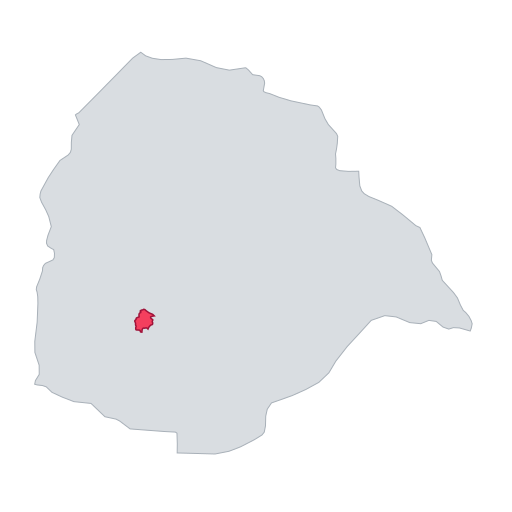 Zimbabwe, with Harare highlighted, rotated 182°
{"feature_id": "ZWE-525", "entity_name": "Harare", "entity_type": "City", "adm_level": 1, "iso_a3": "ZWE", "parent_name": "Zimbabwe", "parent_adm1": "", "projection": "albers", "projection_center": [31.074, -17.86], "detail": "fine", "context": "in_parent", "style": "filled", "palette": "rose", "viewbox_px": 512, "rotation_deg": 182, "n_neighbors": 0, "source": "natural_earth", "source_scale": "10m", "svg_char_len": 3462}
<svg xmlns="http://www.w3.org/2000/svg" viewBox="0 0 512 512"><g transform="rotate(182 256 256)"><path d="M378.3,455.6L373.3,452.2L366.5,450.0L357.9,449.0L346.7,449.5L332.9,451.3L318.1,449.2L302.2,442.9L289.1,440.8L273.4,443.7L272.7,443.7L270.0,441.6L265.7,437.1L258.5,436.3L256.5,435.3L254.9,433.6L253.8,431.4L253.4,429.0L254.5,421.4L253.9,420.5L251.9,419.6L248.0,418.8L238.5,415.4L226.6,412.3L207.2,408.9L199.7,408.1L198.0,407.0L195.7,404.2L191.9,395.6L188.3,389.9L179.8,381.1L178.5,378.4L178.7,371.3L179.3,365.6L180.1,360.8L179.6,356.3L179.4,350.6L179.6,346.9L178.4,345.3L175.3,344.2L166.7,343.8L156.3,344.3L155.8,338.5L154.7,329.7L152.6,324.7L150.1,322.1L145.3,319.4L135.5,315.8L122.1,310.4L110.5,302.1L97.3,291.9L93.2,290.2L88.1,280.3L80.3,263.5L80.6,257.8L79.4,255.1L72.1,246.9L70.4,242.6L69.0,238.2L57.3,226.3L53.2,221.1L50.1,214.3L47.0,208.9L44.4,206.8L41.1,203.1L38.7,198.9L37.6,195.8L38.3,191.5L39.3,188.5L50.2,191.2L56.2,191.3L60.8,189.7L66.6,191.5L73.6,196.9L81.0,197.7L89.0,194.1L100.0,194.8L113.8,200.0L125.2,200.9L138.6,195.7L150.4,181.8L161.6,168.8L172.5,153.8L179.1,141.8L188.8,131.9L201.8,124.2L215.1,117.7L235.4,109.7L239.4,103.3L240.7,96.3L240.6,86.6L241.6,80.3L243.7,77.4L247.1,75.1L251.5,72.2L264.9,64.7L276.2,59.9L290.0,56.7L305.1,56.6L319.7,56.5L327.9,56.4L328.1,65.7L328.8,76.2L330.4,77.2L341.3,77.4L358.9,78.1L375.8,78.8L386.6,86.4L390.2,88.1L401.4,90.1L415.7,102.9L432.9,104.1L444.7,108.2L455.1,112.6L461.0,117.9L464.9,119.1L470.1,119.5L472.7,120.1L472.1,123.8L468.5,130.1L468.9,139.3L473.6,151.9L474.1,162.9L472.4,182.3L472.3,201.1L472.7,207.8L473.5,212.2L474.4,214.7L474.2,217.4L471.3,225.3L468.9,233.6L468.8,236.9L467.9,239.2L466.2,241.3L458.8,245.0L457.5,247.4L457.5,251.7L458.4,255.3L461.1,256.6L464.5,258.7L465.8,261.4L465.8,264.2L464.6,269.5L461.6,278.2L464.5,288.2L467.7,294.7L472.2,302.3L474.1,306.9L473.9,310.3L473.2,313.5L466.3,327.2L461.2,335.6L455.2,344.7L447.2,350.4L445.1,353.1L444.3,356.2L444.5,363.1L444.1,370.2L437.2,381.2L441.4,390.7L440.4,391.6L438.1,392.9L428.3,403.5L418.4,414.2L411.2,422.1L403.0,431.0L393.9,441.0L386.1,449.5L378.3,455.6Z" fill="#d9dde1" stroke="#a8b0b8" stroke-width="1"/><path d="M365.7,180.0L366.0,180.0L366.4,179.8L366.8,179.4L367.2,178.5L367.4,175.9L368.4,176.0L368.7,176.1L368.9,176.3L369.0,176.8L369.1,177.2L369.4,177.6L369.8,177.8L370.8,177.9L372.7,177.9L373.2,178.0L373.5,178.3L373.6,178.9L373.7,179.6L373.7,180.2L373.4,181.2L373.4,181.6L373.5,182.0L373.8,182.4L373.9,182.8L374.0,183.1L374.0,183.8L374.0,184.2L374.1,184.8L374.3,185.3L374.8,186.4L374.9,186.7L374.9,186.9L374.8,187.2L374.5,187.6L374.0,188.1L373.7,188.5L373.6,188.9L373.6,189.5L373.3,189.9L372.8,190.2L370.7,191.1L370.7,191.3L370.7,191.5L370.8,192.1L370.9,192.5L370.9,193.1L370.9,193.4L370.7,194.4L370.1,195.1L369.3,195.4L369.2,195.9L369.1,196.2L369.3,196.4L369.8,196.8L369.7,197.2L368.7,197.9L368.4,198.0L367.7,198.1L367.3,198.2L367.1,198.3L366.6,198.7L366.4,198.8L366.2,198.8L365.6,198.7L365.1,198.5L363.8,197.4L361.1,195.6L358.9,194.7L358.2,194.5L357.1,194.0L355.6,192.6L357.1,192.3L358.9,191.7L359.2,191.4L359.2,191.1L359.1,190.5L358.8,190.1L358.5,189.7L357.4,189.1L357.0,188.8L356.9,188.5L357.0,188.0L357.4,187.2L357.4,186.5L357.2,186.2L357.0,185.9L356.9,185.5L356.9,185.1L357.0,184.4L357.1,184.0L357.4,183.8L357.9,183.6L358.5,183.4L359.2,182.9L360.7,181.0L361.4,179.2L362.3,180.0L362.6,180.2L362.9,180.3L363.4,180.3L364.1,180.2L364.6,180.0L365.7,180.0Z" fill="#f43f5e" stroke="#9f1239" stroke-width="1.5"/></g></svg>